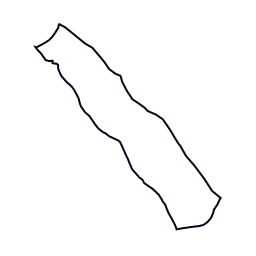 outline of Nyorken, Maryland, Liberia, rotated 138°
{"feature_id": "62588387B79277340487156", "entity_name": "Nyorken", "entity_type": "district", "adm_level": 2, "iso_a3": "LBR", "parent_name": "Liberia", "parent_adm1": "Maryland", "projection": "robinson", "projection_center": [-7.856, 5.001], "detail": "fine", "context": "isolated", "style": "outline", "palette": "ink", "viewbox_px": 256, "rotation_deg": 138, "n_neighbors": 0, "source": "geoboundaries", "source_scale": "gbopen_adm2", "svg_char_len": 1666}
<svg xmlns="http://www.w3.org/2000/svg" viewBox="0 0 256 256"><g transform="rotate(138 128 128)"><path d="M109.6,251.1L110.9,250.7L112.9,249.0L114.8,248.6L118.3,247.5L123.5,246.4L127.9,246.1L133.2,247.0L140.5,248.8L142.2,249.3L142.6,250.0L142.8,248.6L143.0,246.0L142.8,243.2L142.8,241.1L143.3,237.7L143.4,235.6L143.7,234.5L143.9,234.0L142.6,231.7L141.7,230.3L139.6,229.0L139.1,228.3L140.7,226.7L139.5,225.1L138.0,223.4L137.9,221.3L139.7,219.5L140.7,217.6L142.0,213.8L142.8,210.7L142.8,210.2L142.8,202.9L142.1,196.8L142.4,193.0L142.9,190.8L143.5,188.3L144.8,183.3L146.7,179.7L147.7,177.7L148.6,175.2L148.7,173.8L149.4,168.9L148.7,162.4L149.1,159.3L150.0,153.1L150.1,151.6L150.2,150.1L150.4,147.6L149.3,141.2L148.4,139.6L147.4,134.2L145.0,128.5L144.0,126.2L143.6,125.2L143.4,123.9L143.3,123.0L144.5,118.8L147.8,108.7L148.8,105.0L150.6,100.3L152.5,94.6L152.6,89.1L152.7,83.8L152.4,82.5L151.9,79.7L152.7,76.8L152.8,76.3L151.9,72.2L150.4,66.2L149.8,57.8L150.8,52.0L151.4,50.4L151.6,46.3L153.4,41.7L154.8,37.6L156.2,31.3L158.1,24.0L159.1,21.5L159.7,20.2L157.7,19.0L156.6,18.3L155.2,17.4L146.9,11.9L143.9,9.8L141.3,7.9L136.9,5.5L131.9,4.9L126.8,5.6L125.5,6.1L122.2,7.5L118.6,9.9L112.8,11.3L108.2,13.3L106.0,14.0L106.2,15.5L107.6,24.9L106.8,30.0L105.3,39.2L103.8,56.2L103.6,68.3L102.6,72.9L101.1,79.8L100.9,83.3L99.5,90.8L98.0,98.1L96.4,110.5L96.3,111.2L98.3,119.5L99.3,121.5L102.0,127.4L102.1,132.1L103.3,137.7L104.9,144.1L105.5,146.3L104.0,156.2L101.5,166.0L101.1,166.8L98.7,171.8L101.1,177.0L102.6,184.6L102.4,185.9L101.7,190.7L101.5,191.9L101.1,200.0L100.8,211.5L103.3,219.2L104.8,228.7L107.3,244.8L109.6,251.1Z" fill="none" stroke="#020617" stroke-width="2"/></g></svg>